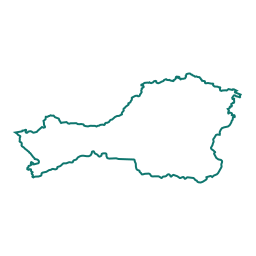 SVG path tracing the border of Tuva
{"feature_id": "RUS-2605", "entity_name": "Tuva", "entity_type": "Republic", "adm_level": 1, "iso_a3": "RUS", "parent_name": "Russia", "parent_adm1": "", "projection": "robinson", "projection_center": [94.276, 51.727], "detail": "fine", "context": "isolated", "style": "outline", "palette": "teal", "viewbox_px": 256, "rotation_deg": 0, "n_neighbors": 0, "source": "natural_earth", "source_scale": "10m", "svg_char_len": 5791}
<svg xmlns="http://www.w3.org/2000/svg" viewBox="0 0 256 256"><path d="M234.6,117.1L233.5,117.0L232.9,117.6L232.7,119.4L232.6,119.8L231.8,120.7L231.3,122.4L230.0,124.7L229.4,125.4L228.0,126.5L223.9,127.4L221.9,128.2L220.7,129.9L219.8,131.8L219.7,132.5L219.9,133.7L219.7,134.8L217.3,134.5L216.0,135.0L214.4,137.7L213.4,139.0L213.2,139.5L213.6,141.4L213.6,141.9L213.0,143.1L212.4,145.3L211.0,147.7L211.1,148.5L211.7,149.3L213.5,150.5L214.3,151.4L215.0,151.9L215.1,152.2L214.2,153.2L214.1,153.8L216.3,157.9L218.4,159.4L220.9,159.9L221.9,160.8L222.1,161.5L222.0,162.4L221.4,164.0L221.3,164.9L221.6,166.2L221.4,167.2L218.1,173.1L216.9,174.3L213.8,175.6L212.2,177.0L211.0,176.1L210.5,176.0L206.4,177.2L206.4,177.4L206.8,178.3L206.6,179.1L205.9,179.8L202.7,181.8L200.7,182.5L198.6,182.3L197.5,181.8L196.7,180.6L195.4,180.1L194.2,178.6L193.4,178.0L187.6,177.3L187.1,177.4L185.9,178.4L185.0,178.8L184.7,178.7L183.7,177.2L183.2,177.0L182.6,177.1L180.4,178.0L179.8,178.0L177.4,176.3L173.5,174.9L172.5,175.3L171.7,176.2L171.1,176.6L170.6,176.4L169.9,175.1L169.3,174.5L168.5,174.3L167.6,174.6L166.2,176.0L165.3,176.4L163.2,176.6L162.7,176.9L161.8,177.9L161.4,178.0L159.2,176.6L158.2,176.3L152.1,176.4L151.1,175.9L150.0,174.2L149.4,173.8L148.7,173.6L144.9,173.8L142.8,174.4L141.8,174.3L140.9,173.0L139.7,171.9L139.4,170.7L137.2,169.8L136.4,168.8L135.9,166.7L135.8,163.9L135.6,163.2L134.8,161.5L134.6,160.1L134.3,159.7L133.8,159.5L118.6,159.0L116.1,158.3L109.3,158.6L107.9,158.3L107.2,157.9L106.4,156.0L106.5,154.7L106.2,153.7L105.3,153.3L104.0,153.3L102.6,153.5L101.8,153.9L101.3,155.7L100.4,156.3L99.4,156.6L98.6,156.2L97.4,154.7L95.0,153.5L94.5,152.8L94.0,151.8L93.7,151.4L93.2,151.3L92.2,151.6L91.9,152.0L91.7,153.4L90.6,155.3L88.8,156.2L86.7,156.2L83.2,155.7L81.5,155.8L79.9,156.3L77.8,157.5L76.7,159.1L76.1,159.6L73.9,160.3L73.3,160.8L72.9,161.9L72.6,162.3L71.8,162.5L69.2,162.2L66.3,163.3L63.8,163.3L63.0,163.6L60.8,165.7L60.0,166.2L57.5,167.0L57.3,167.3L57.2,168.4L56.5,169.0L55.7,169.3L54.8,169.3L52.9,168.9L52.0,169.1L50.9,169.8L49.1,170.1L46.4,171.8L42.7,172.6L42.0,173.0L41.6,173.5L41.4,175.1L40.8,175.8L38.5,176.5L35.4,176.6L34.2,176.9L33.4,177.4L32.7,177.1L32.4,176.7L32.9,175.7L32.8,174.9L32.1,174.4L31.7,173.6L32.6,172.3L32.5,172.1L31.6,171.9L31.2,171.5L31.0,169.5L30.8,169.3L29.5,169.2L28.9,169.8L28.5,169.8L27.4,169.3L27.2,169.0L27.5,168.5L27.5,167.7L28.3,167.3L28.5,166.2L28.7,165.9L30.2,165.5L31.3,164.8L31.3,164.7L30.8,163.7L31.0,162.5L31.3,162.1L31.8,162.3L33.3,163.3L33.4,163.6L33.3,164.3L33.8,164.4L38.4,163.2L38.9,162.3L38.9,161.2L38.1,160.1L37.1,159.5L34.7,159.0L34.5,158.3L33.1,156.9L30.3,153.2L29.2,152.5L28.9,151.7L27.7,151.0L27.2,150.4L24.8,148.6L24.1,147.7L21.9,146.2L21.5,145.3L21.8,143.9L21.6,143.0L21.3,142.5L19.9,141.8L19.6,141.4L19.8,139.8L19.7,138.2L20.3,136.7L20.2,136.1L18.0,134.8L17.2,133.7L15.4,132.5L21.8,131.4L22.2,131.2L22.4,130.6L23.8,130.5L25.6,129.8L26.0,129.9L26.1,130.2L25.7,131.5L25.7,132.2L26.0,132.6L26.6,132.8L27.4,132.6L28.3,131.6L30.2,131.2L31.5,131.5L32.7,132.4L33.6,132.7L36.8,131.9L37.8,130.7L42.0,127.0L43.5,127.7L44.9,127.3L45.0,126.8L44.0,124.8L43.9,122.7L43.5,120.9L45.5,119.3L45.8,116.8L47.6,116.8L48.5,116.1L49.4,116.0L50.5,115.3L51.9,115.7L53.6,115.6L55.0,117.2L58.7,118.6L59.2,119.5L59.3,120.4L60.3,121.5L60.5,122.3L61.1,123.0L62.3,122.6L66.5,122.1L68.2,123.5L69.4,123.7L70.4,123.3L76.3,123.2L77.8,124.1L79.8,124.2L81.0,124.0L83.3,124.4L83.6,124.6L84.1,125.6L84.6,125.8L85.5,126.1L88.0,126.4L90.2,125.8L95.0,125.9L96.6,126.5L97.5,125.9L99.2,125.6L100.2,124.9L102.6,124.6L104.1,125.0L104.8,124.5L104.8,123.9L105.1,123.4L106.0,122.8L107.2,122.8L108.9,122.0L110.2,120.2L110.6,119.9L112.2,119.5L115.0,117.0L117.1,116.0L119.0,115.9L121.9,114.4L121.7,113.5L122.1,112.5L123.7,110.6L123.5,109.2L123.7,108.6L124.9,107.8L125.6,106.8L128.4,104.8L128.6,104.4L128.3,103.8L128.4,103.3L130.3,102.4L130.9,101.0L131.8,99.8L131.8,98.8L132.0,98.3L131.8,97.9L132.0,97.6L135.3,95.9L137.2,95.7L138.1,96.3L138.9,96.2L139.7,95.7L140.0,94.5L140.8,93.6L141.7,92.0L141.2,90.9L141.3,90.3L141.8,89.4L141.7,88.5L143.5,87.2L143.7,86.9L143.2,85.7L141.4,85.4L141.3,85.0L141.4,84.7L143.2,83.9L144.5,82.9L147.5,82.6L148.5,82.8L149.5,82.3L150.2,82.9L151.2,83.1L153.0,82.4L154.0,81.3L155.3,80.9L156.2,81.2L156.3,82.3L156.5,82.6L157.5,83.1L158.5,83.2L160.4,82.4L161.3,81.8L163.2,81.1L163.7,80.7L164.1,80.0L166.1,79.2L166.4,79.3L166.9,79.9L168.4,80.1L169.6,79.9L170.3,80.5L173.2,81.1L173.7,80.7L173.6,80.2L175.2,79.3L175.9,78.3L175.8,77.5L176.0,77.0L176.6,76.6L177.5,76.7L177.0,77.3L177.3,77.5L178.6,77.0L179.1,77.0L179.3,77.2L178.8,78.1L180.1,78.6L180.4,79.3L180.7,79.4L181.4,78.8L183.2,78.8L185.1,78.3L186.0,76.7L185.7,76.0L186.0,75.7L186.4,74.3L186.9,74.0L188.3,73.6L189.7,73.5L190.1,73.6L191.0,74.4L192.0,74.7L192.4,75.3L193.7,75.7L195.1,76.7L196.4,76.4L197.6,77.0L199.5,77.2L199.7,77.7L200.6,78.4L200.9,79.2L201.6,79.7L201.7,80.4L202.0,80.8L204.4,81.1L204.9,81.4L205.0,82.8L205.4,83.2L205.9,83.3L208.0,83.0L211.7,83.7L212.9,83.6L213.2,83.9L213.1,85.0L213.2,85.4L214.5,86.5L217.7,86.7L218.5,87.2L220.0,87.3L220.2,87.6L219.8,88.2L220.1,89.0L220.0,89.8L220.4,90.5L221.6,90.9L222.3,90.5L225.5,90.3L226.7,90.5L228.5,89.1L232.2,89.9L232.6,89.9L232.9,89.3L233.8,89.3L236.6,90.7L235.1,91.6L234.9,92.1L235.0,92.4L240.6,94.6L240.0,95.7L239.9,96.2L240.1,97.0L239.8,97.3L238.6,96.8L236.3,96.3L234.9,95.3L234.2,95.3L233.8,95.5L232.2,97.8L232.6,99.0L234.1,98.8L234.0,100.1L234.2,101.0L234.1,102.4L233.7,102.9L232.9,102.8L232.5,103.3L231.3,104.0L231.3,105.2L231.9,105.8L231.5,106.5L230.6,106.8L230.0,106.7L229.7,107.1L229.8,107.8L229.6,108.0L228.7,108.7L227.8,109.0L228.9,110.5L228.2,112.3L228.3,113.4L228.6,113.5L229.7,112.5L231.6,113.1L232.0,113.8L231.8,115.2L232.5,115.5L233.7,115.1L234.3,115.2L234.6,115.7L234.8,116.4L234.6,117.1Z" fill="none" stroke="#0f766e" stroke-width="2"/></svg>